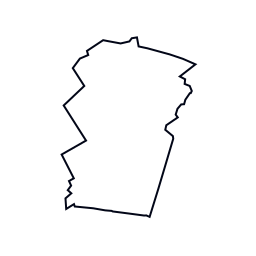 outline of Merrimack, New Hampshire, United States of America, rotated 72°
{"feature_id": "52423323B36577314859832", "entity_name": "Merrimack", "entity_type": "district", "adm_level": 2, "iso_a3": "USA", "parent_name": "United States of America", "parent_adm1": "New Hampshire", "projection": "equal_earth", "projection_center": [-71.683, 43.31], "detail": "fine", "context": "isolated", "style": "outline", "palette": "ink", "viewbox_px": 256, "rotation_deg": 72, "n_neighbors": 0, "source": "geoboundaries", "source_scale": "gbopen_adm2", "svg_char_len": 824}
<svg xmlns="http://www.w3.org/2000/svg" viewBox="0 0 256 256"><g transform="rotate(72 128 128)"><path d="M69.9,67.1L58.2,84.9L53.7,92.7L44.6,91.5L43.8,96.7L46.1,99.9L45.3,108.9L39.3,120.0L36.8,124.5L42.0,143.2L46.3,143.3L47.1,152.3L54.0,162.0L74.5,156.6L86.7,182.2L113.1,175.4L127.0,171.8L132.7,199.3L159.1,195.1L160.2,200.5L165.2,199.9L168.5,204.5L172.6,202.1L175.6,209.2L185.9,211.8L183.7,202.9L186.2,202.9L193.6,185.9L199.3,175.1L201.8,169.1L202.6,168.4L209.7,153.4L216.2,139.8L216.8,137.6L219.2,134.9L195.0,117.8L172.4,102.2L168.9,99.8L152.2,88.3L149.6,87.8L141.2,93.1L137.2,90.7L133.3,77.4L130.0,78.5L125.0,75.0L122.0,70.1L122.7,67.3L118.8,64.7L114.0,58.4L114.2,57.5L112.5,55.9L107.1,56.3L103.6,60.5L99.3,58.6L95.0,62.8L88.3,44.2L79.2,54.4L70.8,65.7L69.9,67.1Z" fill="none" stroke="#020617" stroke-width="2"/></g></svg>